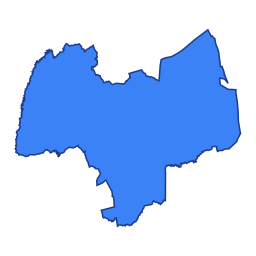 the district of Tepotzotlán, México, Mexico
{"feature_id": "50627088B87639094921264", "entity_name": "Tepotzotlán", "entity_type": "district", "adm_level": 2, "iso_a3": "MEX", "parent_name": "Mexico", "parent_adm1": "México", "projection": "equal_earth", "projection_center": [-99.315, 19.719], "detail": "fine", "context": "isolated", "style": "filled", "palette": "blue", "viewbox_px": 256, "rotation_deg": 0, "n_neighbors": 0, "source": "geoboundaries", "source_scale": "gbopen_adm2", "svg_char_len": 5612}
<svg xmlns="http://www.w3.org/2000/svg" viewBox="0 0 256 256"><path d="M157.8,202.6L159.1,203.7L159.6,203.2L160.6,204.4L163.0,201.9L163.3,200.9L164.3,200.7L164.4,199.9L165.4,200.5L165.5,174.3L165.7,173.8L165.4,172.8L165.4,168.1L165.4,167.3L166.9,166.1L166.9,165.5L168.3,165.5L169.1,164.9L170.6,166.0L171.4,164.8L172.0,164.8L172.2,166.0L173.2,165.3L173.6,165.4L173.7,166.1L174.1,166.1L175.6,164.5L176.8,166.0L178.4,165.2L178.6,165.9L178.3,166.4L178.5,167.0L179.7,167.1L180.8,166.7L181.2,164.9L180.8,163.6L181.5,163.0L182.6,163.8L183.3,163.1L184.1,163.3L185.1,162.2L186.6,163.4L187.9,162.5L188.8,162.5L189.4,161.6L191.3,161.1L192.0,161.4L193.1,160.5L193.5,161.1L193.6,162.6L193.9,162.6L195.0,161.4L195.9,162.1L196.3,161.7L195.8,160.7L195.8,159.8L197.4,158.2L197.4,155.9L198.9,156.1L199.6,154.6L200.5,154.4L201.8,153.0L202.0,151.7L202.7,152.1L203.5,152.0L203.8,150.9L206.0,150.5L207.1,149.9L208.0,150.4L211.3,149.5L211.9,148.7L212.0,147.3L213.0,146.5L216.6,146.7L216.9,149.9L217.6,151.5L219.3,150.6L222.8,150.4L223.8,149.5L226.6,148.8L229.0,148.9L236.8,141.5L237.2,139.9L240.6,133.2L240.3,132.9L238.4,121.2L238.0,109.9L237.1,100.2L235.9,92.8L235.9,89.7L227.9,89.3L220.3,84.6L219.6,78.1L224.6,79.1L228.0,83.3L226.9,80.5L226.5,80.3L226.5,79.7L225.4,76.9L225.1,75.6L224.4,75.0L224.5,74.5L224.0,73.8L224.3,73.3L224.1,72.3L222.0,66.4L220.5,66.8L218.7,52.4L218.0,49.6L215.7,43.9L214.8,38.6L214.4,38.7L212.1,35.9L211.2,36.3L207.9,29.8L195.1,39.4L183.5,49.2L178.7,52.7L171.6,56.6L165.2,57.9L161.2,59.6L160.2,65.4L159.1,80.7L156.0,79.6L154.0,77.9L152.9,77.7L151.7,76.9L150.0,77.0L147.8,76.2L146.1,76.0L145.3,73.5L143.7,72.9L141.5,69.9L129.0,73.5L129.9,75.6L129.8,76.4L130.3,77.4L130.0,78.0L129.3,78.2L126.8,81.0L126.3,80.8L124.5,83.6L123.7,83.9L116.2,83.3L112.5,84.6L111.5,84.0L109.3,81.5L108.7,81.2L107.6,81.9L106.6,81.5L105.9,82.2L103.9,82.7L102.6,79.8L101.5,79.1L101.3,78.5L100.2,76.8L100.1,75.7L98.6,75.5L97.5,74.6L95.9,75.1L95.9,74.5L95.1,73.7L94.2,70.9L93.1,69.5L92.2,69.9L91.7,69.0L91.7,67.7L92.1,66.8L92.9,66.6L92.9,67.6L93.2,67.7L94.0,66.8L95.0,66.5L96.3,65.0L97.0,64.8L97.3,63.6L97.4,62.2L97.0,61.6L97.3,60.5L96.8,59.9L95.8,59.6L95.3,58.9L95.5,58.3L96.8,58.1L97.3,57.3L96.7,55.9L97.1,52.6L96.9,52.1L96.1,51.8L94.3,48.9L93.2,45.4L92.2,46.2L92.1,46.8L90.7,46.9L88.2,48.8L86.5,49.6L85.4,50.8L85.2,51.6L84.3,51.6L84.0,49.3L81.8,48.7L81.6,46.9L79.7,44.4L79.0,43.9L78.1,44.5L75.1,44.4L73.9,45.4L71.7,45.3L69.4,45.9L67.2,44.0L66.2,43.6L64.4,46.4L64.1,47.6L63.0,48.5L63.0,49.0L64.1,49.4L63.8,50.2L63.0,50.9L62.9,51.5L61.5,52.4L60.0,52.0L59.3,53.4L57.9,54.5L56.5,56.3L54.4,57.8L54.2,57.1L53.8,57.5L52.2,52.6L52.6,51.5L51.1,49.9L50.1,51.5L49.1,49.6L48.7,50.1L47.0,50.6L48.3,51.5L48.5,52.7L46.3,52.2L45.4,52.7L46.9,53.3L47.0,53.8L45.5,54.1L45.0,56.1L44.6,56.2L44.4,56.9L44.5,57.4L43.8,56.9L41.7,58.0L41.7,58.3L42.0,58.4L41.7,59.2L41.1,58.9L40.6,60.2L40.1,59.5L39.7,59.7L38.6,62.5L37.7,61.8L37.5,61.0L37.0,61.1L37.2,61.5L36.6,61.7L36.6,62.7L35.6,63.0L36.1,64.2L34.9,64.8L35.5,65.8L35.2,66.8L35.4,67.2L34.6,67.4L34.5,68.0L33.7,68.7L33.7,69.3L33.0,70.0L33.0,71.1L33.3,71.3L33.2,71.9L32.4,72.0L32.9,72.3L32.6,73.3L32.2,73.6L32.4,74.9L31.2,76.3L30.7,76.4L30.6,78.1L30.0,78.4L30.0,79.5L30.4,80.4L29.8,80.8L29.9,81.6L29.2,82.9L27.9,83.4L27.8,83.9L28.9,84.3L27.2,86.1L26.6,89.1L25.4,89.2L25.6,90.0L24.8,92.0L25.0,94.6L23.9,95.8L24.8,97.2L23.8,97.8L24.4,98.1L24.5,99.2L23.6,99.1L24.4,100.4L23.1,100.7L23.7,101.6L22.9,101.9L22.9,102.4L22.1,103.7L22.9,104.1L22.7,105.3L21.9,104.7L21.2,105.3L21.7,106.1L21.2,108.2L22.4,108.6L22.0,109.1L22.1,109.4L22.9,109.4L22.3,110.5L21.8,110.3L22.1,111.6L21.3,112.3L21.9,113.6L21.2,115.2L21.8,116.0L21.6,117.1L20.6,117.7L20.5,118.5L19.7,118.4L19.5,119.0L20.0,119.3L20.0,120.7L20.2,121.0L20.1,121.9L19.7,122.1L19.8,123.7L19.1,125.3L20.0,125.9L20.1,127.4L19.5,128.0L19.5,128.8L19.1,129.7L18.4,129.6L18.0,130.7L16.7,131.3L16.7,132.0L16.4,132.8L17.2,133.7L17.4,135.1L16.5,136.9L16.8,137.5L16.6,138.5L15.7,139.3L16.4,141.2L16.0,142.0L16.3,143.0L16.2,145.2L15.6,145.6L16.2,146.6L15.9,147.9L15.4,148.5L15.5,149.4L16.4,150.0L16.6,150.8L16.0,151.5L15.9,152.4L18.7,153.5L18.8,154.9L21.3,154.7L25.9,156.5L28.3,156.0L29.6,154.6L35.0,154.9L37.2,154.0L38.2,154.1L38.9,153.6L39.3,153.9L42.1,152.9L42.7,153.0L43.5,152.7L43.7,151.9L45.7,149.8L46.7,150.1L47.3,149.7L48.0,150.4L49.1,150.9L50.4,152.8L52.8,151.7L53.2,150.6L54.0,150.1L54.5,151.3L55.0,150.6L56.2,150.5L56.1,152.4L56.8,153.8L57.8,153.5L57.4,152.1L58.8,152.9L57.9,154.5L58.2,155.7L57.9,156.0L58.3,156.5L59.5,155.7L59.2,155.2L60.4,153.8L60.6,153.2L62.5,153.0L64.1,152.1L65.7,149.5L69.2,147.3L73.3,147.9L78.2,145.6L78.7,147.3L80.6,148.3L82.0,150.3L82.6,150.4L83.3,152.2L83.8,152.3L84.6,151.3L85.1,151.4L84.8,153.5L86.7,160.0L88.0,162.2L89.4,167.1L91.1,166.0L93.6,166.8L94.4,167.5L95.0,167.4L94.9,168.0L95.8,168.7L98.2,168.9L99.6,171.8L100.5,174.0L97.7,178.2L96.8,180.7L97.0,185.4L102.7,182.8L105.8,180.0L111.9,191.3L112.4,194.5L112.2,196.4L113.5,197.1L114.1,201.8L114.0,204.1L114.6,206.8L101.3,210.3L102.5,214.3L102.7,216.8L103.7,217.9L104.7,217.4L108.3,219.2L108.8,220.5L110.9,220.4L111.7,221.5L112.4,220.6L113.0,221.4L114.7,219.7L115.2,218.1L116.3,218.0L117.5,226.2L119.0,225.1L120.2,224.9L122.6,225.7L123.8,225.3L125.2,225.9L125.6,224.7L126.7,224.8L127.4,224.2L127.8,224.9L128.8,225.0L129.5,225.5L129.8,225.2L131.8,224.9L132.0,223.9L132.7,223.7L132.7,223.1L133.3,222.9L134.7,221.5L135.4,221.8L135.9,221.6L138.0,218.1L138.2,216.7L139.1,215.0L139.9,215.0L140.6,212.7L141.9,212.6L142.6,209.2L143.2,208.9L143.8,208.0L144.0,206.6L145.0,205.7L151.9,204.4L153.1,201.4L153.8,200.9L154.9,201.9L157.8,202.6Z" fill="#3b82f6" stroke="#1e3a8a" stroke-width="1.5"/></svg>